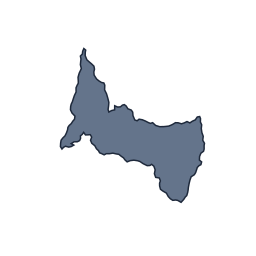 Canelinha, Santa Catarina, Brazil (Robinson projection), rotated 150°
{"feature_id": "56859067B33823737687392", "entity_name": "Canelinha", "entity_type": "district", "adm_level": 2, "iso_a3": "BRA", "parent_name": "Brazil", "parent_adm1": "Santa Catarina", "projection": "robinson", "projection_center": [-48.796, -27.247], "detail": "fine", "context": "isolated", "style": "filled", "palette": "slate", "viewbox_px": 256, "rotation_deg": 150, "n_neighbors": 0, "source": "geoboundaries", "source_scale": "gbopen_adm2", "svg_char_len": 2321}
<svg xmlns="http://www.w3.org/2000/svg" viewBox="0 0 256 256"><g transform="rotate(150 128 128)"><path d="M133.3,214.1L134.2,211.3L135.9,209.0L137.6,206.6L138.7,202.8L140.5,201.5L142.7,200.0L144.3,198.5L145.9,196.9L147.5,193.7L148.7,191.6L150.6,190.5L152.9,188.8L155.0,185.1L158.1,183.0L160.5,180.9L163.1,178.5L165.2,177.1L166.9,175.3L168.7,172.6L169.0,168.9L168.0,164.8L170.0,162.3L172.2,161.6L174.9,160.2L177.7,159.6L179.7,158.6L181.3,156.6L183.8,154.5L186.5,152.7L189.6,151.9L192.0,150.9L193.9,148.6L195.8,145.7L195.7,142.8L193.5,143.5L191.3,143.5L188.9,141.1L186.4,140.3L183.5,140.3L185.0,142.9L181.6,143.0L178.7,141.4L176.2,141.3L174.3,142.7L173.1,145.0L170.9,145.3L168.6,146.4L168.3,143.3L166.5,142.3L164.0,141.1L164.0,138.3L166.6,136.1L167.0,132.9L165.6,129.2L165.7,125.8L164.9,123.1L165.0,120.7L163.5,118.8L162.1,116.7L159.6,116.6L156.9,115.0L153.7,113.8L151.1,111.4L149.1,109.8L148.0,106.9L146.8,104.4L146.6,102.0L145.7,99.1L142.3,98.6L139.0,97.2L136.0,94.8L134.4,93.0L132.7,89.5L130.2,85.8L127.8,84.6L125.7,84.7L124.7,82.0L125.4,78.2L128.0,75.2L128.7,71.4L125.9,69.1L126.4,66.0L128.2,64.5L129.6,62.0L130.5,58.7L129.4,56.1L127.3,52.4L127.4,48.5L126.7,45.5L125.4,43.0L122.7,41.8L121.1,40.4L119.2,37.1L115.4,38.3L112.9,39.6L110.9,40.1L108.6,42.3L106.9,44.3L105.3,46.5L102.8,49.4L100.4,51.9L97.7,54.2L93.9,54.4L91.7,55.6L90.0,57.1L87.7,59.2L85.3,59.9L83.2,59.8L81.2,61.8L82.2,64.5L80.3,67.5L77.5,69.7L74.2,70.1L72.6,71.7L70.9,74.7L69.4,76.5L69.4,80.0L67.0,83.2L66.3,87.1L64.8,90.9L62.6,93.9L62.3,97.0L60.5,99.9L60.2,102.1L62.5,102.9L65.7,101.4L68.8,101.7L71.9,101.5L73.7,104.1L76.7,104.3L79.6,104.9L81.9,107.4L84.3,108.9L86.7,108.8L88.9,108.9L91.8,109.3L94.1,110.3L96.3,111.3L99.9,113.3L102.8,116.4L104.0,120.3L106.3,120.8L107.7,122.6L109.5,125.4L111.5,128.0L114.0,130.1L116.5,129.7L118.1,131.6L117.5,136.2L116.0,139.4L116.2,141.9L118.5,144.7L118.6,148.0L119.5,150.1L121.4,150.6L123.9,150.1L126.5,151.3L128.4,153.9L130.5,150.4L133.5,151.3L136.6,151.4L136.0,154.0L133.8,156.8L131.8,159.7L130.6,163.8L129.5,168.3L129.2,172.7L126.7,176.7L126.4,179.1L128.2,180.7L129.6,183.3L130.7,186.1L130.9,190.7L129.6,193.6L127.6,195.7L126.6,198.6L127.5,201.8L128.5,204.5L129.5,207.6L128.9,212.1L127.1,215.0L125.7,216.6L126.5,218.9L128.9,217.1L130.5,214.9L133.3,214.1Z" fill="#64748b" stroke="#1e293b" stroke-width="1.5"/></g></svg>